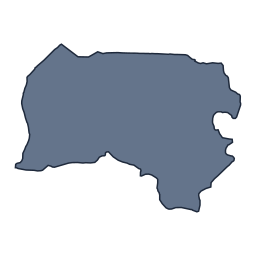 Chiquimula, Chiquimula, Guatemala (Natural Earth projection)
{"feature_id": "79465075B13186946486683", "entity_name": "Chiquimula", "entity_type": "district", "adm_level": 2, "iso_a3": "GTM", "parent_name": "Guatemala", "parent_adm1": "Chiquimula", "projection": "natural_earth1", "projection_center": [-89.563, 14.792], "detail": "fine", "context": "isolated", "style": "filled", "palette": "slate", "viewbox_px": 256, "rotation_deg": 0, "n_neighbors": 0, "source": "geoboundaries", "source_scale": "gbopen_adm2", "svg_char_len": 2674}
<svg xmlns="http://www.w3.org/2000/svg" viewBox="0 0 256 256"><path d="M23.3,93.1L23.3,94.7L21.8,100.9L21.7,103.5L22.7,108.6L24.2,112.6L25.5,118.0L27.0,122.5L27.5,123.1L28.4,127.1L29.1,132.8L29.7,134.4L29.3,138.3L28.6,140.7L27.0,144.6L25.8,146.5L24.7,149.5L22.9,153.3L22.7,158.5L21.8,160.8L20.2,162.6L17.1,163.3L15.7,164.3L15.4,167.7L16.6,167.8L18.0,168.5L26.1,170.0L34.1,170.3L37.5,170.9L40.9,170.7L42.6,170.2L48.1,165.4L50.9,166.1L52.4,167.0L54.5,167.2L68.5,163.1L72.1,162.6L77.6,162.5L83.0,163.0L85.7,162.7L90.5,162.9L94.8,162.4L97.4,160.1L99.3,157.2L102.0,155.9L104.7,155.7L105.3,155.0L105.5,152.8L106.5,152.0L108.5,151.8L113.2,156.8L118.2,160.2L122.6,162.0L127.1,163.1L129.6,164.3L133.9,165.1L138.8,168.6L140.5,169.1L141.0,170.8L140.5,172.1L140.4,175.8L141.5,176.0L145.5,174.2L148.7,174.1L151.6,174.9L156.4,177.9L157.7,179.3L157.7,183.0L157.0,188.1L157.5,188.9L158.0,191.0L158.4,191.7L159.2,192.7L159.3,193.9L159.7,194.3L159.7,199.7L162.2,203.6L166.0,207.8L168.4,209.0L169.5,209.1L171.6,209.0L175.7,207.6L181.4,207.5L191.2,209.6L191.8,209.5L192.6,210.2L196.9,211.8L198.6,211.2L200.0,205.1L200.0,200.2L199.5,199.6L198.7,195.6L198.8,193.7L201.0,191.1L205.9,188.5L210.8,187.0L211.1,182.6L214.5,178.7L217.9,175.7L227.1,166.8L227.8,166.2L229.1,165.2L232.3,161.6L232.8,161.5L233.9,160.6L234.3,158.6L233.8,157.5L232.4,156.1L230.6,155.8L227.3,154.8L226.1,153.8L225.5,152.7L225.5,150.1L226.0,148.2L227.8,145.3L228.0,144.9L228.8,144.8L232.5,142.3L232.2,139.3L229.2,139.0L222.4,137.7L219.6,133.7L218.1,129.8L215.9,130.1L215.1,129.8L214.3,128.8L214.0,126.3L212.7,123.3L212.5,122.0L212.7,118.4L213.4,115.7L214.2,114.4L216.3,112.4L217.8,111.8L221.3,111.8L222.4,112.5L224.9,112.2L227.6,112.5L231.6,115.5L232.0,117.2L233.2,118.4L235.3,118.4L236.6,117.0L240.6,105.0L240.6,103.2L240.1,102.0L240.3,96.6L240.0,95.3L239.2,94.4L237.7,94.0L235.7,92.2L230.9,90.0L229.8,88.4L229.4,87.6L228.3,77.8L227.3,76.2L225.7,75.3L224.0,72.8L223.5,70.7L223.1,65.5L221.2,63.1L218.1,63.4L212.6,62.8L206.5,63.8L203.1,62.8L200.6,63.5L198.4,63.0L194.8,61.1L195.2,60.1L194.3,59.5L193.1,59.5L192.0,59.1L190.0,57.5L187.6,55.4L185.6,54.8L184.1,54.7L177.7,54.5L174.6,54.5L169.9,54.0L168.5,54.3L163.1,54.0L157.5,53.7L155.1,53.7L151.9,53.5L149.9,53.7L148.9,53.5L147.1,53.5L144.7,53.5L144.3,53.4L143.9,53.4L143.1,53.4L142.4,53.4L142.0,53.4L141.5,53.4L139.5,53.4L136.8,53.2L128.8,53.1L122.1,52.9L117.9,52.6L113.8,52.7L106.6,52.9L102.9,53.6L97.7,51.8L91.4,55.4L88.5,57.0L78.0,56.8L61.4,44.2L59.7,45.2L57.6,47.5L54.7,49.5L44.0,60.2L37.0,66.2L36.6,66.9L35.2,67.6L34.7,69.2L29.9,74.5L28.1,76.0L27.6,76.4L27.0,77.4L27.1,81.6L26.3,85.1L24.9,88.3L23.8,92.5L23.3,93.1Z" fill="#64748b" stroke="#1e293b" stroke-width="1.5"/></svg>